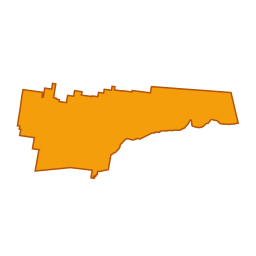 Choya, Santiago del Estero, Argentina, rotated 267°
{"feature_id": "61730980B98686515489678", "entity_name": "Choya", "entity_type": "district", "adm_level": 2, "iso_a3": "ARG", "parent_name": "Argentina", "parent_adm1": "Santiago del Estero", "projection": "robinson", "projection_center": [-64.902, -28.858], "detail": "fine", "context": "isolated", "style": "filled", "palette": "amber", "viewbox_px": 256, "rotation_deg": 267, "n_neighbors": 0, "source": "geoboundaries", "source_scale": "gbopen_adm2", "svg_char_len": 4839}
<svg xmlns="http://www.w3.org/2000/svg" viewBox="0 0 256 256"><g transform="rotate(267 128 128)"><path d="M153.9,21.5L151.0,20.9L136.0,17.7L135.6,20.0L132.6,19.3L132.3,20.9L128.2,19.9L126.2,19.4L123.3,33.9L123.3,34.0L112.3,31.5L111.0,37.9L111.0,38.0L110.9,37.9L91.1,33.3L89.9,33.0L90.0,35.6L90.1,36.9L90.3,42.2L90.4,45.6L90.5,45.7L90.6,47.9L90.6,48.1L90.7,50.8L90.8,53.0L90.9,56.3L91.5,68.4L89.7,78.8L88.9,83.5L88.7,84.6L87.7,90.1L81.2,88.6L80.2,88.4L79.5,91.1L79.7,91.3L79.8,91.4L79.7,91.5L79.7,91.8L79.8,92.0L80.0,92.0L80.3,92.0L80.5,92.0L80.6,91.9L80.8,91.8L80.9,91.7L81.0,91.6L80.9,91.5L80.9,91.3L80.9,91.0L81.1,91.0L81.3,90.9L81.6,91.0L81.8,91.4L81.8,91.7L81.8,91.8L81.9,92.0L82.0,92.1L82.0,92.3L81.9,92.5L81.7,92.6L81.4,92.8L81.3,93.0L81.5,93.4L81.7,93.5L81.8,93.5L82.0,93.5L82.2,93.4L82.3,93.4L82.5,93.3L82.7,93.5L82.8,93.6L82.9,93.8L82.9,94.1L83.0,94.2L83.1,94.3L83.3,94.4L83.5,94.4L83.8,94.5L83.9,94.8L83.7,95.0L83.8,95.0L84.0,95.0L84.2,94.9L84.4,94.9L84.5,94.9L84.8,95.0L85.0,95.1L85.3,95.1L85.5,95.3L85.8,95.4L86.0,95.4L86.3,95.5L86.3,95.8L86.2,95.9L86.2,96.0L86.1,96.3L86.0,96.6L86.0,96.9L86.0,97.2L87.4,105.4L87.5,106.2L92.0,107.2L95.5,108.0L100.4,109.1L102.0,109.5L102.7,111.1L103.8,112.3L104.0,113.6L104.1,113.8L104.8,114.7L104.8,114.8L105.6,115.5L105.8,115.7L105.9,115.8L106.1,115.9L107.2,117.4L107.6,117.7L108.4,118.3L108.5,118.4L108.9,118.6L109.3,118.7L109.3,118.8L109.6,118.8L110.2,119.0L110.5,119.1L111.0,119.3L111.4,119.4L111.7,119.6L112.1,119.9L112.3,120.0L112.5,120.4L112.8,120.7L112.9,120.9L113.2,121.2L113.7,121.6L113.9,121.7L114.2,121.9L114.5,122.2L115.6,123.6L116.9,125.1L117.1,125.4L117.2,125.6L117.2,125.9L117.2,126.2L117.3,126.4L117.3,126.9L117.4,127.1L117.3,127.5L117.0,128.4L116.4,129.8L115.9,131.6L115.8,132.0L115.7,132.4L115.9,132.9L115.9,133.2L116.3,134.5L116.5,135.0L116.7,135.8L116.8,135.9L116.9,136.4L117.1,136.7L117.0,137.0L116.8,137.6L116.5,138.5L116.4,138.9L116.4,139.0L116.4,139.4L116.4,139.5L117.1,140.9L117.3,141.6L121.0,150.0L121.5,151.1L122.0,152.3L121.7,153.2L121.7,154.6L122.5,155.2L122.7,156.0L122.3,156.8L122.3,157.3L122.2,157.7L122.1,158.7L122.0,159.1L123.3,160.7L123.3,161.1L123.3,163.9L123.2,164.3L123.2,164.8L123.2,165.1L123.2,165.5L123.0,166.0L123.1,166.4L123.1,166.6L123.3,166.9L123.2,167.4L123.2,168.0L123.3,168.5L123.5,169.3L123.3,169.9L123.3,170.6L123.1,171.3L123.1,172.0L123.0,172.7L123.2,173.2L123.5,173.7L123.5,173.9L123.5,174.4L123.5,175.1L123.3,176.0L123.2,176.8L123.1,177.2L123.2,177.8L123.2,178.3L123.3,179.0L123.2,179.5L123.2,180.2L123.4,180.5L123.7,181.0L123.9,181.4L124.0,181.8L124.1,182.0L124.3,182.4L124.4,182.6L124.5,182.6L124.5,182.9L124.5,183.1L124.6,183.4L124.8,183.8L124.9,184.2L125.1,184.7L125.5,185.0L125.8,185.2L126.4,185.6L127.0,186.0L127.2,186.5L127.9,187.2L128.2,187.6L128.6,187.9L128.7,188.0L129.2,188.4L129.9,188.9L130.3,189.1L131.3,189.7L131.8,190.0L132.1,190.2L132.3,190.4L132.5,190.5L132.8,190.7L132.8,190.8L132.9,191.0L132.5,191.4L131.9,191.7L131.6,191.8L131.2,191.8L130.7,191.8L130.2,191.8L129.4,191.9L128.7,191.9L128.0,191.9L127.6,192.0L127.3,192.0L127.1,192.0L126.9,192.3L126.7,192.4L126.6,192.5L126.4,192.7L125.9,194.2L125.5,195.2L125.3,195.7L124.8,198.0L124.8,198.5L124.7,199.0L124.7,199.4L124.7,199.5L124.8,200.1L124.8,201.1L124.9,201.4L125.1,201.9L125.4,202.6L125.8,203.3L126.3,204.0L126.6,204.3L126.9,204.8L127.3,205.1L127.5,205.4L127.8,205.7L128.2,206.2L128.3,206.5L128.4,207.0L128.4,207.5L128.5,208.0L128.6,208.3L129.0,208.6L129.3,209.1L129.8,209.3L129.9,209.5L130.2,209.7L130.7,210.2L130.8,210.3L131.2,210.7L131.3,210.8L131.5,210.9L131.8,211.3L132.0,211.5L132.1,211.8L132.1,212.0L132.2,212.3L132.1,212.5L131.6,213.7L131.4,214.2L131.3,214.7L131.2,214.9L131.1,215.3L131.0,216.2L130.8,216.7L130.6,217.2L130.5,217.5L130.2,217.9L129.6,218.3L129.1,218.7L128.2,219.5L128.0,219.8L127.7,220.2L127.5,220.9L127.3,221.1L127.3,221.8L127.0,222.8L126.9,223.4L126.7,224.3L126.8,224.9L126.8,225.5L126.8,226.4L126.7,227.2L126.4,227.9L126.3,228.7L126.3,229.8L126.5,230.3L126.5,231.1L126.4,232.0L126.4,232.7L126.5,233.3L126.5,234.0L126.5,234.6L126.6,235.3L126.8,235.8L127.0,236.3L127.2,236.9L127.2,237.2L127.1,237.3L127.1,237.9L127.1,238.3L138.5,236.2L140.9,235.8L142.8,235.4L145.2,235.0L148.7,234.4L158.0,232.7L158.3,230.3L158.8,226.7L159.6,220.2L161.0,209.3L162.0,201.5L164.2,183.7L165.1,176.9L167.9,155.2L168.1,153.6L161.9,152.3L163.0,146.3L165.2,134.1L163.8,133.8L164.4,130.5L165.4,124.9L165.1,124.8L166.7,116.5L169.9,117.1L170.5,114.3L166.6,113.5L167.9,106.3L164.1,105.5L165.1,100.4L160.9,99.5L161.9,93.8L161.3,93.7L163.3,83.2L166.6,84.0L168.1,76.6L162.6,75.4L163.7,69.4L156.6,67.9L158.0,60.5L159.9,60.9L160.5,58.1L161.4,58.2L162.2,55.3L170.0,56.9L175.8,58.2L176.1,56.6L176.5,55.0L170.8,53.8L171.0,53.1L172.2,46.9L163.0,45.0L163.3,43.7L168.1,44.6L171.8,25.2L168.6,24.4L164.5,23.5L153.9,21.5Z" fill="#f59e0b" stroke="#b45309" stroke-width="1.5"/></g></svg>